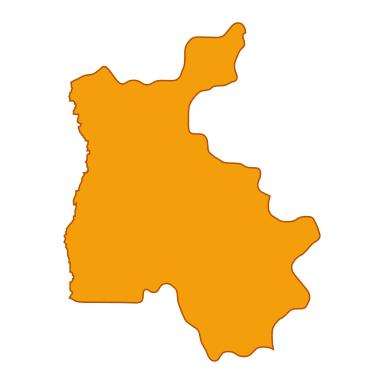 outline of Loma de Cabrera, Dajabón, Dominican Republic
{"feature_id": "3306468B30549660873689", "entity_name": "Loma de Cabrera", "entity_type": "district", "adm_level": 2, "iso_a3": "DOM", "parent_name": "Dominican Republic", "parent_adm1": "Dajabón", "projection": "equal_earth", "projection_center": [-71.602, 19.426], "detail": "fine", "context": "isolated", "style": "filled", "palette": "amber", "viewbox_px": 384, "rotation_deg": 0, "n_neighbors": 0, "source": "geoboundaries", "source_scale": "gbopen_adm2", "svg_char_len": 5462}
<svg xmlns="http://www.w3.org/2000/svg" viewBox="0 0 384 384"><path d="M71.1,83.6L71.4,83.6L71.4,86.9L72.4,88.2L71.4,90.2L71.4,91.6L71.2,91.8L69.9,92.9L69.9,94.9L69.0,96.1L69.0,96.4L69.9,98.2L69.9,100.9L71.2,100.9L73.4,100.9L74.9,102.9L74.9,104.2L75.9,104.2L75.9,106.2L74.9,107.5L75.0,108.9L73.4,110.9L73.5,114.2L78.5,114.2L78.5,116.9L77.5,120.2L77.5,122.2L78.5,122.2L79.5,123.5L81.0,123.5L81.0,124.8L79.5,126.8L78.5,126.8L78.5,128.2L79.5,130.2L79.5,131.5L84.5,138.2L85.5,139.5L85.5,140.8L88.0,140.8L88.0,144.1L87.0,146.1L87.0,147.5L88.0,148.8L87.0,150.8L89.5,150.8L89.5,154.1L88.0,154.1L87.0,155.5L87.0,160.1L86.2,161.3L85.9,161.7L85.5,162.1L87.0,163.5L87.0,166.8L88.0,168.1L88.0,171.4L87.0,171.4L87.0,172.8L83.5,172.8L84.5,174.8L84.2,175.2L82.0,178.1L82.0,180.2L82.0,180.8L81.0,182.8L79.5,186.1L78.5,190.8L77.3,190.8L76.0,190.8L76.0,194.1L74.3,198.2L73.5,200.1L73.6,204.8L75.0,204.8L76.1,203.4L76.1,208.1L75.1,210.1L75.1,216.1L73.6,216.1L73.6,219.4L71.6,222.8L71.4,222.9L70.1,224.1L66.6,228.8L66.6,230.8L65.6,232.1L66.0,233.0L66.6,234.1L64.7,235.1L64.2,235.8L65.6,238.8L64.1,242.1L66.6,244.8L65.6,246.8L67.6,250.1L67.6,254.8L69.1,259.4L69.1,262.7L70.1,262.7L70.1,266.2L70.1,272.1L71.6,272.1L72.6,274.1L72.6,275.4L73.4,275.4L73.6,275.4L73.6,278.7L73.4,278.7L72.6,278.7L72.6,280.1L71.6,282.1L70.1,282.1L70.1,288.9L70.1,290.1L72.6,292.7L69.3,297.9L70.7,298.3L75.2,300.9L77.2,301.5L79.2,301.9L84.3,302.2L119.0,302.4L136.8,302.8L139.6,302.3L141.2,301.5L141.9,300.8L142.4,299.9L142.9,297.9L143.2,293.8L143.5,291.8L143.9,291.0L144.4,290.2L145.0,289.7L145.7,289.4L147.2,289.5L148.5,290.1L150.4,291.4L151.8,292.1L153.4,292.4L155.1,292.3L156.6,291.8L157.2,291.3L158.2,290.0L160.0,287.0L161.1,285.6L162.5,284.5L163.3,284.1L165.1,283.6L166.9,283.5L168.7,283.8L170.3,284.5L171.8,285.5L175.0,288.2L176.2,289.7L176.6,290.6L177.2,292.8L177.8,300.0L178.5,303.4L180.3,308.1L181.7,312.3L185.0,319.4L186.0,320.9L186.6,321.6L192.1,325.7L195.8,328.1L197.2,329.3L198.3,330.8L199.2,332.6L199.5,333.7L200.8,340.1L201.9,343.3L206.2,351.0L207.8,355.0L208.6,356.8L210.3,359.1L211.7,360.2L212.6,360.6L214.3,361.0L215.9,360.8L217.4,360.2L218.6,359.0L220.3,356.0L221.9,353.9L223.2,352.7L224.1,352.3L226.0,351.7L229.0,351.6L232.0,352.0L233.9,352.7L237.6,355.0L239.3,355.9L242.2,356.5L245.2,356.5L248.1,355.9L249.9,355.0L251.4,353.7L255.7,349.3L257.3,348.2L259.2,347.4L261.2,347.1L263.2,346.9L267.2,347.2L270.1,347.9L273.4,349.4L272.5,344.7L272.2,341.1L272.0,336.3L272.1,332.7L272.3,330.4L272.8,328.1L273.8,326.1L274.9,324.2L277.0,321.7L278.4,320.2L280.0,318.9L282.4,317.6L283.9,316.5L285.4,315.2L289.1,311.5L290.6,310.2L291.5,309.7L293.2,309.1L295.1,308.8L302.3,308.6L303.9,308.3L304.7,307.9L305.4,307.4L306.4,305.9L308.5,301.8L309.2,300.0L309.5,299.0L309.6,297.9L309.6,295.6L309.0,293.4L308.0,291.5L306.8,289.7L304.8,287.2L295.0,275.4L293.8,273.6L292.7,271.8L291.9,269.8L291.6,267.5L291.7,266.4L291.9,265.3L292.2,264.2L292.7,263.2L293.8,261.4L295.1,259.7L296.6,258.2L298.9,256.3L302.1,254.5L303.6,253.3L305.8,251.1L310.0,246.3L312.1,244.1L314.3,242.3L316.6,241.0L317.9,240.0L319.0,238.7L319.4,237.9L319.7,237.1L319.9,236.1L319.9,235.2L319.5,233.4L318.6,230.8L317.7,227.9L316.5,225.0L313.5,219.0L312.9,218.3L312.2,217.7L311.5,217.3L309.8,216.8L307.2,216.6L304.4,216.7L301.7,217.0L299.0,217.8L295.3,220.2L294.6,220.6L292.8,221.2L289.2,221.7L285.4,221.7L282.7,221.5L280.0,220.7L272.4,216.0L271.0,214.7L269.9,213.1L269.0,211.3L268.5,208.8L268.3,206.3L268.5,202.4L268.9,200.1L270.0,196.1L266.5,194.5L261.1,191.7L260.4,191.1L259.2,189.7L258.3,188.0L257.7,186.0L257.8,183.8L258.2,181.8L260.0,177.6L260.2,176.6L260.5,174.5L260.5,172.5L260.3,171.5L260.0,170.6L259.5,169.7L258.8,169.0L258.1,168.5L256.4,168.0L249.8,167.7L246.9,167.2L245.2,166.5L241.5,164.3L239.6,163.7L235.8,163.3L226.9,163.0L224.0,162.4L222.3,161.7L218.6,159.3L214.7,157.1L210.0,153.2L208.9,151.8L208.5,150.9L208.0,148.8L207.5,142.9L207.2,140.6L206.5,138.5L206.0,137.6L204.8,136.1L203.4,134.9L201.6,134.2L199.7,134.0L194.0,133.9L192.3,133.6L191.4,133.4L190.7,132.9L189.9,132.3L189.4,131.4L188.7,129.3L188.5,126.9L188.4,124.5L188.4,115.4L188.6,110.2L189.1,106.4L189.9,104.1L191.5,101.0L194.2,97.3L197.2,94.0L198.7,92.6L200.5,91.4L202.4,90.8L208.8,89.7L210.3,89.0L212.5,87.1L214.0,86.4L216.7,85.9L222.5,85.6L225.4,85.1L227.1,84.4L230.9,82.4L234.7,81.2L236.0,80.3L236.5,79.6L236.9,78.8L237.1,76.9L236.8,75.1L235.2,70.9L234.7,68.8L234.5,65.5L234.7,63.2L235.0,62.1L235.6,60.1L238.8,52.5L240.3,50.1L241.4,48.8L243.1,47.2L244.1,45.9L244.3,45.1L244.5,43.3L244.2,41.5L243.0,37.6L242.9,35.9L243.1,35.1L243.4,34.3L243.9,33.7L245.6,32.8L245.3,30.6L244.8,28.5L244.0,26.7L242.9,25.1L241.5,23.9L240.6,23.5L238.9,23.0L237.1,23.0L235.3,23.5L234.4,23.9L232.8,25.1L231.3,26.7L227.1,31.9L224.9,34.4L223.4,35.8L221.6,36.8L218.7,37.4L215.7,37.5L200.6,37.1L196.6,37.1L193.7,37.7L191.9,38.6L190.3,39.9L188.2,42.3L186.5,45.1L185.6,47.2L185.3,48.4L185.0,50.8L184.8,60.9L184.4,64.6L183.9,66.8L182.0,71.4L181.0,74.4L180.2,76.2L179.0,77.8L178.4,78.5L176.9,79.6L175.2,80.3L172.3,80.7L161.5,80.5L157.6,80.8L154.9,81.6L150.5,84.1L148.7,84.6L147.0,84.7L145.2,84.6L143.5,84.0L139.8,81.8L138.2,81.0L135.5,80.4L132.8,80.3L131.0,80.5L129.2,81.0L127.6,81.7L125.5,83.1L124.1,83.8L122.4,84.0L121.5,83.9L119.8,83.2L119.0,82.6L117.4,81.1L115.3,78.5L109.7,70.9L107.6,68.4L106.1,67.1L105.2,66.7L103.7,66.5L102.3,67.0L99.8,69.5L95.1,73.0L93.6,73.9L91.0,74.7L85.5,75.3L82.9,76.1L78.4,78.7L74.2,80.5L71.1,82.3L71.1,83.6Z" fill="#f59e0b" stroke="#b45309" stroke-width="1.5"/></svg>